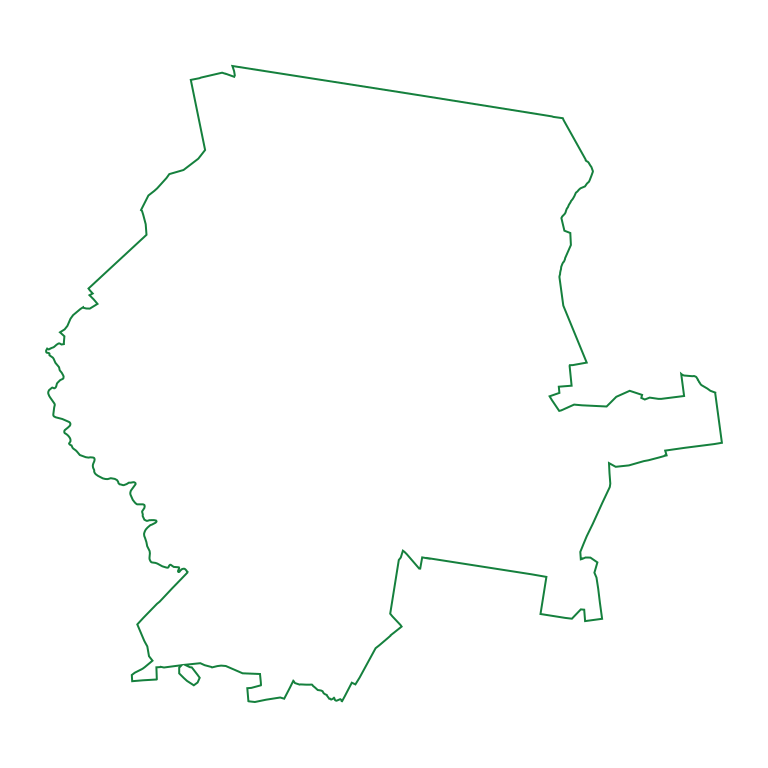 outline of Zalves pag., Neretas, Latvia
{"feature_id": "27541924B93655267023488", "entity_name": "Zalves pag.", "entity_type": "district", "adm_level": 2, "iso_a3": "LVA", "parent_name": "Latvia", "parent_adm1": "Neretas", "projection": "orthographic", "projection_center": [25.189, 56.336], "detail": "fine", "context": "isolated", "style": "outline", "palette": "green", "viewbox_px": 768, "rotation_deg": 0, "n_neighbors": 0, "source": "geoboundaries", "source_scale": "gbopen_adm2", "svg_char_len": 5969}
<svg xmlns="http://www.w3.org/2000/svg" viewBox="0 0 768 768"><path d="M144.7,667.2L142.5,668.8L134.8,672.7L131.8,675.0L132.2,681.2L142.9,680.3L156.6,679.5L156.8,679.3L156.8,679.0L156.4,667.3L160.2,667.1L160.5,666.8L164.0,667.5L181.6,665.2L179.2,667.7L179.2,673.4L183.8,678.0L187.0,680.9L193.8,685.3L197.6,682.5L199.7,677.8L197.6,674.9L191.8,667.4L189.9,667.2L184.9,664.8L200.3,663.2L204.7,665.2L211.5,667.0L212.0,667.4L217.3,666.1L221.1,665.6L225.8,666.0L242.6,673.3L260.0,674.0L260.8,682.1L261.0,685.0L260.9,685.3L251.3,687.9L247.3,688.2L248.4,701.2L248.6,701.3L254.9,702.0L266.1,699.7L280.2,697.5L284.2,698.7L290.0,687.5L293.3,680.8L293.9,681.4L294.7,682.8L295.1,683.1L299.6,684.6L300.6,684.4L306.9,684.7L311.9,684.6L312.4,685.0L313.0,685.9L315.1,687.6L317.7,690.0L321.0,690.5L322.5,691.2L323.7,693.3L325.0,694.2L326.8,695.0L327.1,695.8L329.3,698.8L330.1,698.7L331.0,699.5L331.3,699.5L332.7,698.9L334.0,697.8L334.3,698.1L334.8,699.6L335.1,700.1L335.7,700.5L336.6,700.7L340.2,699.2L340.9,699.6L341.3,700.0L341.7,701.0L341.7,701.9L344.8,696.2L351.8,682.7L355.4,684.4L359.6,677.6L375.6,648.2L379.3,645.3L388.0,637.9L390.6,635.6L390.6,635.3L401.6,626.6L400.5,625.0L392.4,616.4L390.2,613.7L398.8,560.0L400.8,557.5L402.9,550.7L404.5,551.9L406.8,554.2L419.2,568.6L420.2,568.6L422.2,557.4L428.5,558.5L428.3,558.2L531.5,574.3L546.4,576.9L540.5,614.0L565.2,617.9L571.9,618.7L580.8,609.4L584.2,609.7L585.1,621.1L602.1,618.8L599.9,602.7L598.2,588.7L597.1,581.6L596.5,577.6L594.4,572.7L597.4,562.4L590.4,557.6L585.5,557.5L582.0,559.0L581.8,558.5L580.8,559.1L580.3,551.9L583.7,543.5L586.7,536.3L592.8,523.8L602.3,502.9L609.8,487.0L610.3,483.6L609.5,473.2L609.0,463.1L615.7,466.8L628.9,465.4L643.9,461.1L648.3,460.3L658.6,457.6L664.0,456.1L664.9,455.4L665.2,455.7L666.6,455.4L665.2,450.6L684.9,447.8L714.0,444.1L721.9,442.8L715.2,393.1L715.3,392.6L710.4,390.8L707.4,388.6L701.6,385.2L700.7,384.4L699.4,382.2L699.2,382.2L698.0,379.8L697.8,379.8L697.6,379.1L697.0,378.2L696.4,377.2L695.8,376.7L694.0,376.0L692.9,376.2L691.0,376.1L684.0,375.5L682.3,374.8L681.2,373.9L684.1,396.0L661.0,398.9L658.6,398.9L649.7,397.6L644.8,399.5L641.3,397.9L642.1,394.9L629.7,390.8L616.3,396.8L606.6,406.5L581.9,405.3L574.1,404.6L561.2,410.4L559.2,410.9L551.9,400.1L549.6,396.3L559.4,392.9L558.8,386.7L571.6,385.7L569.6,365.9L569.8,365.2L572.8,365.1L586.7,362.6L563.3,305.6L559.4,276.9L559.6,275.8L560.1,274.0L560.1,273.0L560.5,270.9L561.0,269.1L561.2,266.9L562.3,264.0L563.1,262.4L563.9,261.7L564.4,260.6L565.0,259.1L565.1,258.2L570.9,245.0L570.3,233.0L564.4,230.7L561.4,218.1L562.2,216.5L564.7,213.9L565.5,212.6L566.1,210.5L566.9,208.5L567.8,207.4L568.9,204.8L570.5,202.3L571.0,201.1L572.5,199.3L573.1,198.4L574.4,196.1L575.9,192.7L577.4,191.5L578.9,189.7L580.5,188.3L585.0,186.4L587.0,183.5L588.9,181.8L589.6,180.4L591.4,175.8L592.8,171.9L592.9,171.2L591.4,167.0L590.3,165.5L588.6,162.6L587.8,161.8L586.3,161.0L585.7,160.4L585.7,159.7L563.7,120.3L562.8,118.2L553.4,116.9L551.9,116.4L542.6,114.9L414.0,94.4L232.4,66.0L234.1,71.1L234.8,75.4L234.2,76.8L225.6,73.7L225.5,73.8L222.1,72.7L200.9,77.6L199.5,78.2L190.8,79.9L205.1,150.0L198.3,158.7L183.5,170.0L169.3,174.1L166.5,178.0L157.2,188.3L154.3,190.9L148.4,195.5L141.0,210.1L142.0,210.9L143.2,214.7L145.7,224.2L146.5,234.8L88.5,288.5L89.9,290.4L92.7,293.5L89.5,295.2L93.7,299.4L97.5,303.9L89.8,308.6L86.3,308.5L83.4,307.8L83.2,307.2L80.4,309.0L73.1,315.1L70.5,318.7L67.4,325.9L64.6,329.4L60.0,332.3L64.4,336.3L63.9,342.2L63.9,344.1L61.5,344.5L59.9,343.6L59.3,343.4L58.5,343.5L56.6,344.7L54.1,346.9L53.2,347.4L51.5,348.0L50.5,348.6L50.3,348.5L48.9,349.4L48.5,349.4L47.2,348.6L46.2,350.4L46.1,350.9L46.2,351.8L46.4,352.4L46.8,352.7L48.9,353.1L49.4,353.5L49.5,354.0L49.4,354.6L49.5,355.3L52.8,357.6L53.6,358.7L55.4,362.8L58.9,367.0L59.3,368.2L59.5,369.4L59.8,370.4L61.7,372.7L63.2,375.4L63.6,376.5L63.4,378.2L62.8,378.9L60.2,380.1L57.4,382.9L56.9,383.7L56.2,386.4L55.6,387.5L54.7,388.2L54.1,388.3L52.5,387.6L52.0,387.7L49.1,390.1L48.4,391.5L48.2,392.7L48.3,393.7L49.2,395.9L50.1,397.4L54.5,403.7L54.8,404.9L54.2,407.4L53.3,414.4L53.4,415.6L54.0,416.4L55.7,417.3L62.3,419.0L68.7,421.8L69.6,422.3L70.1,423.0L70.4,423.8L70.3,424.8L69.8,425.8L67.9,427.6L64.8,430.1L64.3,431.1L64.3,432.2L64.7,433.1L66.5,434.2L67.8,435.3L68.9,436.5L70.0,438.2L70.4,439.3L70.5,440.5L70.4,441.5L69.1,443.4L69.4,444.2L70.5,445.1L71.5,445.4L72.5,447.7L73.3,448.6L75.7,450.3L77.0,451.6L79.8,455.0L85.8,457.2L88.6,457.6L90.2,457.3L92.8,457.5L93.6,457.7L94.2,458.1L94.5,458.8L94.6,459.7L94.3,461.2L93.4,463.3L93.0,464.5L92.8,465.8L92.9,466.7L93.1,467.7L94.2,470.2L94.2,471.7L94.7,472.9L95.7,474.2L97.9,475.8L102.9,478.4L105.4,479.0L107.7,479.1L110.8,478.2L114.8,478.9L117.0,480.1L118.1,481.7L118.5,483.2L119.6,484.3L120.5,484.4L122.9,485.1L123.9,485.1L126.6,484.1L128.8,482.7L130.6,482.7L133.3,482.2L134.3,482.3L135.3,482.9L135.5,483.3L135.6,484.0L135.3,484.6L131.2,490.2L130.7,491.1L130.3,492.8L130.3,493.7L130.5,494.7L132.8,499.9L135.0,502.7L136.6,504.1L137.2,504.3L142.9,504.3L144.3,504.9L144.7,506.1L144.5,507.3L144.3,508.1L142.3,511.1L142.1,511.8L142.8,514.4L142.7,515.3L142.7,516.1L144.4,519.7L146.5,520.8L147.6,520.8L149.4,520.2L153.8,520.1L156.0,520.5L156.4,521.0L156.5,521.6L156.0,522.3L155.2,522.9L151.7,524.7L150.4,525.1L147.6,527.5L145.8,529.5L144.8,531.4L144.1,533.5L144.1,534.7L144.3,536.1L145.1,538.1L146.4,542.1L147.2,546.2L149.6,551.0L149.9,553.3L149.5,557.6L149.5,558.6L149.7,559.6L150.6,561.4L151.1,562.0L151.8,562.4L155.5,562.9L157.4,563.6L162.3,566.3L166.2,567.5L167.4,567.7L168.2,567.5L168.4,567.3L169.1,565.8L169.5,565.3L170.1,564.8L170.7,564.8L173.7,566.9L178.8,567.3L179.2,568.1L179.1,568.5L178.2,570.5L178.0,571.2L178.2,571.7L178.5,572.0L179.0,572.0L179.5,571.7L180.6,570.3L182.2,569.0L183.8,568.7L184.5,568.8L185.3,569.3L186.5,570.6L186.9,571.5L187.5,571.8L187.4,572.6L172.1,588.4L159.6,601.7L157.0,603.8L143.3,617.9L137.3,624.4L144.2,640.7L145.2,642.6L147.3,646.4L149.0,656.2L152.5,660.7L144.7,667.2Z" fill="none" stroke="#15803d" stroke-width="2"/></svg>